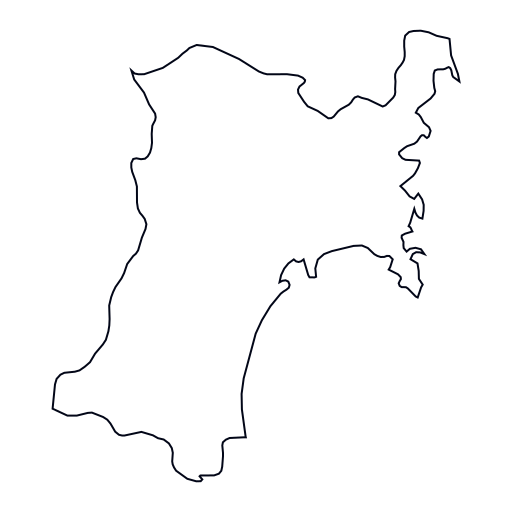 an SVG outline of Miyagi
{"feature_id": "JPN-1866", "entity_name": "Miyagi", "entity_type": "Prefecture", "adm_level": 1, "iso_a3": "JPN", "parent_name": "Japan", "parent_adm1": "", "projection": "albers", "projection_center": [141.11, 38.38], "detail": "fine", "context": "isolated", "style": "outline", "palette": "ink", "viewbox_px": 512, "rotation_deg": 0, "n_neighbors": 0, "source": "natural_earth", "source_scale": "10m", "svg_char_len": 3649}
<svg xmlns="http://www.w3.org/2000/svg" viewBox="0 0 512 512"><path d="M449.5,38.9L449.6,39.8L451.1,55.4L457.9,73.9L459.4,81.5L453.2,77.0L452.3,75.3L451.3,70.3L450.2,68.1L448.7,67.1L447.2,67.7L445.4,68.7L443.3,69.3L437.7,69.4L434.8,70.5L433.7,73.9L433.5,80.8L434.3,87.9L435.2,91.2L434.5,93.8L430.6,98.5L418.3,108.0L415.8,112.7L418.8,114.5L420.8,117.1L423.8,122.8L429.0,127.2L430.6,130.9L428.8,136.5L426.9,138.0L425.4,136.9L423.8,135.3L422.0,135.2L420.6,136.3L417.0,141.6L414.3,143.7L407.1,146.2L404.2,148.1L399.1,152.2L399.1,154.4L402.2,158.2L405.5,159.8L419.1,160.6L419.9,163.0L417.9,168.2L415.0,173.4L413.1,175.8L400.4,186.1L405.0,190.6L409.6,196.4L414.2,198.9L418.3,193.6L422.1,199.4L423.7,204.8L423.6,210.9L422.4,218.6L419.2,217.6L417.0,215.5L415.4,212.5L414.3,208.8L410.2,222.7L408.6,226.2L410.3,227.3L411.0,228.5L411.5,229.8L412.4,231.5L405.1,233.7L401.8,235.5L401.6,237.8L403.5,241.9L403.4,245.1L403.7,248.1L406.6,251.6L409.9,248.8L415.5,247.8L421.0,249.3L424.4,254.1L420.1,252.4L416.1,252.2L412.8,254.1L410.5,259.2L417.5,263.4L418.7,271.0L418.9,278.9L422.7,284.6L421.1,287.4L417.7,297.5L415.7,296.5L407.8,288.4L405.9,287.2L401.6,287.1L399.7,285.9L398.7,283.3L399.7,281.1L400.9,279.1L400.7,277.1L398.0,274.3L388.7,269.6L390.2,267.1L392.7,259.3L389.4,256.0L386.9,255.9L384.3,256.9L380.7,257.0L377.3,255.9L374.3,254.2L367.8,248.0L361.9,245.5L353.6,245.9L331.9,251.1L324.0,254.1L317.8,259.6L315.3,268.4L316.1,276.8L314.6,277.4L309.5,277.3L308.2,275.0L303.6,259.4L301.1,261.3L298.6,262.0L296.1,261.4L293.8,259.4L288.4,263.4L284.2,268.6L281.1,275.1L279.5,282.3L282.3,280.8L285.6,280.3L288.3,281.6L289.6,284.9L288.8,287.7L286.4,289.7L283.5,291.5L280.7,293.7L270.4,306.2L261.9,320.2L255.7,333.6L243.7,378.3L241.6,393.9L241.9,409.4L245.6,436.5L245.8,437.3L243.9,437.3L229.6,438.0L225.8,439.7L222.9,442.3L222.3,445.4L223.0,452.9L223.0,456.3L222.2,466.7L221.3,470.8L218.9,473.7L214.1,475.4L200.4,475.5L199.6,476.3L202.3,479.4L200.7,481.2L196.3,481.3L187.3,478.8L176.1,470.7L174.0,467.4L172.7,464.4L172.2,461.4L172.8,452.8L171.8,448.1L168.9,443.4L163.7,439.5L158.0,438.2L152.9,435.3L141.4,431.9L124.6,435.5L122.0,435.5L119.0,434.8L115.2,431.7L110.5,423.6L107.3,419.7L103.1,417.0L91.9,412.6L87.8,412.9L76.8,415.6L67.4,415.6L52.6,408.7L55.0,384.4L56.6,378.9L60.4,374.7L64.3,372.8L74.9,371.7L79.5,370.4L84.8,366.7L90.0,362.2L95.1,353.6L102.9,344.4L105.9,339.8L108.4,331.3L109.3,325.5L109.6,319.1L109.2,305.5L111.2,297.1L113.1,292.0L115.5,287.0L121.5,278.4L124.1,273.1L127.2,264.0L133.2,256.0L135.9,253.7L138.1,250.4L141.9,237.6L145.5,229.0L146.4,224.2L144.7,218.9L142.4,215.7L139.9,212.8L137.9,208.5L137.0,202.5L136.9,186.5L135.3,180.2L132.2,171.8L131.3,167.5L131.3,163.0L133.2,159.0L136.4,158.3L141.0,159.2L145.0,158.7L147.7,156.4L150.0,152.6L151.3,148.1L152.0,142.8L151.7,133.9L152.3,125.8L153.0,124.3L155.1,120.3L155.7,117.2L155.1,113.6L149.1,104.4L144.0,92.6L134.2,79.5L131.4,70.5L134.6,73.5L138.6,74.3L144.2,74.2L162.8,67.9L178.2,57.8L182.5,53.7L186.9,50.4L189.4,48.0L196.6,45.0L212.9,47.0L239.0,59.0L258.9,71.5L263.6,73.4L267.2,74.3L287.0,74.2L298.0,75.6L302.7,77.7L305.1,80.1L304.8,81.7L303.9,83.0L299.5,86.5L298.0,89.6L298.3,93.0L304.0,101.7L307.7,106.3L317.7,110.9L328.3,118.3L331.4,118.1L333.7,116.6L338.0,111.4L340.7,109.2L348.8,104.7L351.2,102.3L352.9,99.6L354.7,97.5L357.9,96.3L361.8,97.9L367.9,99.4L382.7,106.5L385.6,105.3L393.2,97.6L394.8,95.0L395.3,92.1L395.1,89.0L395.5,81.4L395.1,77.5L395.2,74.2L396.5,70.8L398.5,67.8L400.8,65.2L402.7,62.4L404.0,59.9L404.7,56.2L404.7,52.1L404.2,46.6L404.2,40.6L405.2,35.6L409.1,32.0L413.5,31.0L420.7,30.7L428.7,32.3L436.6,35.8L447.6,38.2L449.5,38.9Z" fill="none" stroke="#020617" stroke-width="2"/></svg>